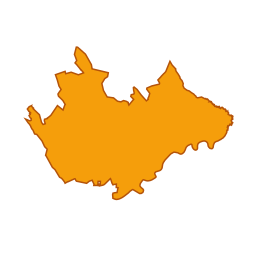 the district of Valmieras pag., Burtnieku, Latvia, rotated 9°
{"feature_id": "27541924B48848471739366", "entity_name": "Valmieras pag.", "entity_type": "district", "adm_level": 2, "iso_a3": "LVA", "parent_name": "Latvia", "parent_adm1": "Burtnieku", "projection": "mercator", "projection_center": [25.5, 57.594], "detail": "fine", "context": "isolated", "style": "filled", "palette": "amber", "viewbox_px": 256, "rotation_deg": 9, "n_neighbors": 0, "source": "geoboundaries", "source_scale": "gbopen_adm2", "svg_char_len": 5617}
<svg xmlns="http://www.w3.org/2000/svg" viewBox="0 0 256 256"><g transform="rotate(9 128 128)"><path d="M221.5,124.8L222.0,124.1L223.2,123.2L223.7,122.5L224.8,120.9L226.2,117.1L226.1,116.3L226.2,115.5L226.1,115.4L226.0,115.0L226.7,114.5L226.4,114.3L226.5,113.6L227.0,113.2L226.7,112.5L226.7,112.1L226.8,111.6L226.2,111.6L226.4,111.2L226.1,110.9L226.1,110.7L226.2,110.3L226.3,110.1L226.8,110.2L227.8,109.6L228.0,109.3L227.8,108.9L227.8,108.7L227.9,108.4L228.1,108.3L228.6,108.4L229.6,109.1L230.0,108.6L230.0,108.3L229.5,108.3L229.3,107.9L229.5,107.5L229.6,107.0L229.7,106.5L229.9,106.5L230.0,106.8L230.4,106.8L230.6,106.5L230.2,106.3L228.8,104.8L229.1,104.5L228.9,103.9L229.5,103.0L230.0,103.0L230.1,102.8L229.3,102.4L229.4,102.1L229.1,101.7L229.2,101.4L229.5,101.3L229.0,100.7L229.5,100.5L229.6,100.3L229.2,100.2L229.4,99.8L229.0,99.6L228.7,99.8L228.1,99.8L227.9,99.3L227.2,99.6L227.2,99.4L226.8,99.6L224.8,98.8L224.7,98.7L224.9,98.5L225.0,97.5L224.9,97.2L224.2,96.8L224.1,96.3L223.9,95.8L223.8,96.0L223.2,96.2L222.8,96.1L222.7,96.0L222.6,95.9L222.2,96.1L222.2,95.9L222.0,95.7L221.9,95.5L221.6,95.1L221.9,95.0L221.7,94.7L221.3,94.7L221.3,94.3L221.1,94.1L220.5,94.1L220.3,94.3L220.1,94.2L219.5,94.3L219.2,94.2L218.9,93.4L218.5,93.4L218.0,92.9L217.8,92.8L217.3,93.0L217.0,93.2L216.6,93.9L216.5,94.2L216.4,94.3L215.7,93.9L215.2,93.8L215.3,93.3L215.2,93.2L214.9,92.5L214.7,92.4L214.5,92.7L214.0,92.8L213.9,93.2L213.6,93.0L213.3,93.4L213.0,93.3L213.1,93.2L213.3,93.1L213.1,93.0L212.9,92.8L212.6,92.9L212.3,92.8L212.1,93.1L211.9,92.7L211.7,92.6L211.5,93.0L211.0,93.1L210.9,92.8L210.5,92.8L210.3,92.9L210.1,92.3L209.8,92.1L209.7,91.7L209.4,92.0L209.2,91.7L208.9,91.8L208.8,91.6L208.9,91.4L208.6,91.2L208.4,91.5L207.9,91.2L207.8,90.8L207.5,90.9L207.4,90.7L207.6,90.5L207.3,90.3L207.1,90.4L206.9,90.1L206.6,90.0L206.7,89.8L206.4,89.5L206.2,89.4L206.2,89.0L205.6,88.8L205.5,89.3L205.1,89.0L204.1,89.3L204.2,89.1L204.0,88.8L204.0,88.6L203.6,88.2L203.2,88.0L202.5,87.3L201.9,87.5L201.7,87.3L201.6,87.0L201.1,87.3L200.2,86.7L199.7,87.2L195.8,85.9L192.1,87.3L190.7,87.0L190.0,85.9L188.9,85.3L187.6,84.2L185.2,83.2L182.6,81.8L180.4,81.5L177.2,79.9L175.6,77.5L175.6,75.5L173.8,72.6L172.8,71.9L171.9,71.0L171.4,70.4L171.4,69.7L169.1,66.9L166.8,64.6L165.8,63.0L166.0,62.3L161.7,58.9L159.0,55.6L156.5,66.3L155.4,68.1L154.9,68.6L152.7,71.8L152.4,72.4L150.0,75.9L152.2,78.7L152.1,79.7L151.3,80.1L145.0,82.7L140.4,85.6L140.4,86.7L143.9,90.2L144.1,90.6L143.8,92.2L143.8,93.2L143.1,95.6L143.2,96.1L143.5,96.5L141.9,98.3L135.7,93.2L130.9,88.5L127.6,86.6L127.0,87.3L127.7,89.9L127.7,90.0L127.8,90.1L128.7,92.6L128.4,93.6L126.0,94.6L125.8,96.4L129.1,98.8L125.3,105.2L124.4,103.6L124.2,102.7L122.1,101.9L119.3,101.6L116.9,103.3L113.6,103.2L112.8,102.8L109.0,100.5L102.6,100.6L101.5,99.3L97.9,94.8L95.2,88.1L97.3,82.9L99.8,80.5L99.9,76.5L83.3,75.2L81.9,71.1L74.4,61.7L65.6,56.1L64.3,56.2L63.6,63.7L65.1,66.3L66.8,69.4L65.5,72.0L68.0,73.9L68.1,74.1L71.4,77.0L72.2,78.0L72.6,77.9L75.4,80.3L75.5,80.5L70.7,83.2L63.1,81.8L58.0,84.1L57.0,81.9L48.0,86.7L50.6,91.5L53.3,97.4L55.9,100.4L54.6,103.0L53.5,105.4L53.8,106.2L54.4,107.5L59.3,111.0L62.3,114.6L62.0,115.0L61.0,120.4L54.8,116.9L49.9,127.4L48.5,129.1L46.6,131.0L46.8,131.3L44.2,132.4L44.2,133.9L45.6,136.7L43.6,137.8L41.8,136.1L38.4,128.7L31.3,123.8L31.6,123.2L29.1,121.5L29.2,121.0L27.1,122.4L25.6,125.0L27.5,127.1L27.8,127.1L29.4,128.3L28.5,128.9L29.3,129.9L28.3,131.1L29.1,132.3L30.1,133.4L30.9,133.7L31.1,135.6L29.9,136.3L25.4,135.2L28.7,138.6L30.1,139.7L31.4,141.2L32.3,142.7L33.4,144.1L34.5,145.0L36.7,148.5L38.9,148.6L45.1,154.3L48.6,159.5L51.5,161.6L50.9,167.9L51.6,168.5L59.5,178.7L62.4,180.5L68.1,187.3L69.8,187.9L71.1,188.7L73.7,191.2L74.5,192.4L76.8,190.5L77.0,190.6L83.2,186.5L83.6,186.4L85.0,188.3L85.6,188.6L95.8,189.1L98.1,186.6L100.8,185.2L101.5,186.3L103.2,188.8L103.2,190.1L106.1,189.6L107.9,189.5L107.8,187.9L107.0,188.0L106.8,185.4L109.1,185.0L109.4,188.6L109.3,189.5L112.1,188.4L113.1,187.8L114.1,186.7L118.5,180.7L118.8,181.0L120.9,185.1L122.1,186.5L123.0,185.9L123.6,185.8L125.3,185.2L125.7,188.6L127.5,188.5L127.3,192.3L127.3,193.4L125.0,194.0L123.3,194.8L123.4,195.4L123.2,196.2L123.9,198.8L124.0,199.7L125.6,200.2L127.3,200.4L128.1,200.3L130.1,199.6L131.4,198.8L132.7,197.9L134.2,196.6L135.5,195.3L138.5,192.1L140.0,190.0L142.0,188.2L142.4,188.0L142.9,188.2L149.7,190.9L151.2,190.6L152.6,189.5L152.9,188.9L153.0,188.1L153.1,187.2L153.0,186.8L152.7,186.4L152.0,185.7L150.6,185.0L149.3,183.9L149.0,183.5L148.7,182.6L148.9,180.8L150.4,177.7L151.0,176.9L151.2,176.7L152.2,176.8L153.5,177.1L155.0,177.2L156.0,177.1L157.8,176.5L158.5,176.2L160.2,175.1L162.7,172.9L163.3,172.1L163.3,171.6L162.0,169.8L161.6,169.1L161.5,168.4L161.6,167.9L162.4,166.9L166.0,165.1L166.8,164.4L167.3,163.7L167.7,162.9L167.9,161.9L167.9,161.2L167.9,158.5L168.0,157.7L168.5,156.2L169.6,153.8L174.0,147.3L174.4,146.8L176.8,144.9L177.1,144.7L178.1,144.6L180.9,144.7L181.5,144.8L182.7,145.3L183.7,145.5L184.3,145.5L185.3,145.1L186.1,144.4L187.2,142.9L188.0,140.4L188.1,139.6L188.4,138.2L189.0,137.1L190.0,135.9L192.7,134.1L193.3,134.2L193.6,134.4L193.8,134.8L194.2,136.0L194.8,137.2L196.0,138.5L196.9,139.0L197.9,139.3L198.9,139.0L199.4,138.5L199.6,138.2L199.8,137.6L199.8,136.9L199.4,134.7L199.5,133.3L199.6,132.8L200.0,132.0L200.9,131.0L201.6,130.5L203.6,129.4L205.1,128.9L206.1,128.9L207.1,129.1L207.9,129.5L208.4,129.9L209.1,130.7L209.3,131.1L210.0,133.3L210.9,134.4L212.2,135.3L213.7,135.4L214.1,135.3L214.6,135.0L215.0,134.2L215.1,133.8L215.1,133.2L215.1,131.4L215.4,129.9L215.8,128.8L216.8,127.8L219.2,126.5L220.6,125.3L221.5,124.8Z" fill="#f59e0b" stroke="#b45309" stroke-width="1.5"/></g></svg>